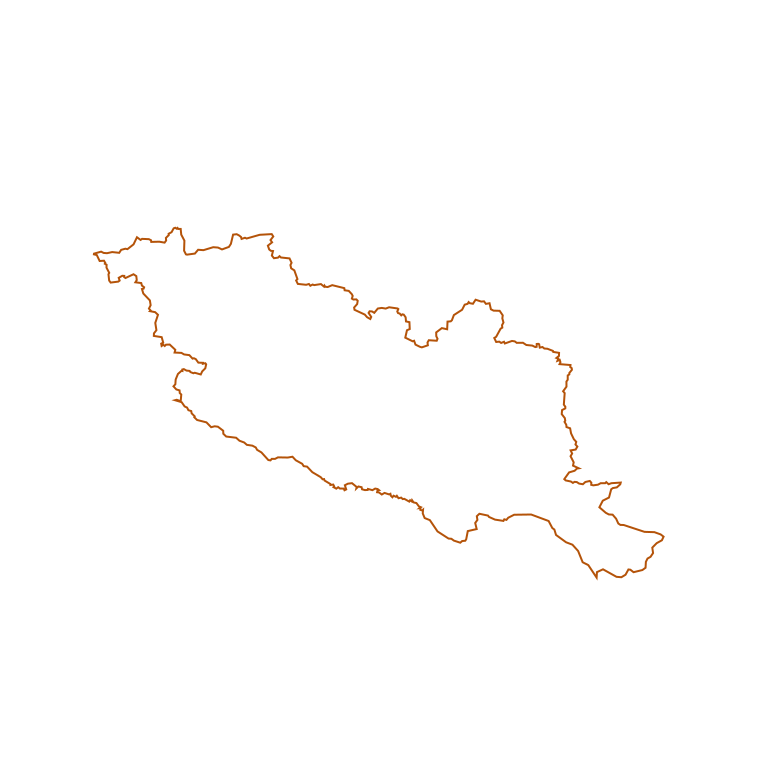 Taunggyi, Shan, Myanmar (Robinson projection), rotated 115°
{"feature_id": "60261553B67272669909031", "entity_name": "Taunggyi", "entity_type": "district", "adm_level": 2, "iso_a3": "MMR", "parent_name": "Myanmar", "parent_adm1": "Shan", "projection": "robinson", "projection_center": [96.903, 20.784], "detail": "fine", "context": "isolated", "style": "outline", "palette": "amber", "viewbox_px": 768, "rotation_deg": 115, "n_neighbors": 0, "source": "geoboundaries", "source_scale": "gbopen_adm2", "svg_char_len": 6147}
<svg xmlns="http://www.w3.org/2000/svg" viewBox="0 0 768 768"><g transform="rotate(115 384 384)"><path d="M487.0,566.5L486.0,559.7L488.6,555.2L488.6,552.5L490.4,550.2L490.0,547.3L491.9,545.9L493.3,541.9L494.3,541.9L495.6,538.2L493.8,528.7L496.2,522.4L493.9,519.6L492.9,516.5L494.3,510.0L497.0,508.6L498.3,504.8L495.2,495.3L496.5,491.0L496.1,486.0L497.1,482.6L495.5,477.2L495.7,473.4L497.3,471.2L497.8,466.2L501.8,456.7L501.2,454.6L499.3,454.1L497.9,451.1L495.3,449.1L491.3,440.1L488.6,436.2L490.4,431.7L490.9,424.4L492.4,422.1L491.4,418.8L494.2,411.7L495.2,401.9L496.3,399.4L495.5,398.1L496.6,397.1L497.3,390.4L498.2,389.9L496.6,387.5L497.8,385.9L498.8,386.2L499.0,383.0L496.9,381.9L497.4,379.8L495.8,376.3L497.0,374.9L495.5,373.7L492.3,376.7L489.6,374.6L487.4,371.1L488.9,365.2L490.3,364.9L487.7,363.9L487.0,360.7L488.7,359.4L488.2,356.4L486.9,354.0L485.9,354.2L485.1,349.6L482.5,347.8L481.9,345.4L482.3,343.7L483.2,344.9L485.0,344.5L484.4,342.7L485.1,339.3L482.5,337.5L481.9,332.7L480.8,331.8L482.4,330.5L483.1,328.5L481.2,328.1L481.2,325.5L479.9,325.1L481.4,322.6L479.7,320.4L480.4,318.4L479.5,317.1L479.9,311.4L478.3,311.2L478.7,309.2L477.5,309.4L478.8,307.2L478.2,304.3L480.2,300.6L480.1,298.5L481.4,299.2L481.0,298.5L482.7,297.9L482.5,296.0L481.4,295.5L484.9,294.2L488.3,290.5L488.0,284.9L495.0,273.2L496.8,260.2L495.8,257.5L496.4,254.5L495.6,247.8L493.3,246.8L491.7,244.1L489.9,243.9L481.9,245.9L476.3,238.7L471.4,242.6L467.7,241.9L464.6,244.0L461.3,242.7L459.3,234.1L460.1,232.7L460.0,226.1L457.6,217.9L455.8,217.8L455.4,215.6L452.7,214.9L447.5,210.8L440.1,195.5L438.6,176.9L443.4,170.6L443.9,168.1L448.1,164.3L450.5,152.1L450.0,145.3L453.3,137.5L461.6,128.6L461.8,122.3L469.6,109.5L464.5,111.5L459.4,107.2L460.5,91.8L458.8,87.2L454.8,84.5L448.8,84.1L448.2,82.2L449.1,78.3L443.4,71.2L440.0,69.3L434.5,71.5L430.8,71.4L428.0,69.4L423.5,68.7L418.9,71.7L413.0,69.6L408.2,66.1L404.2,66.1L403.4,69.7L404.0,76.3L407.9,85.4L410.5,107.2L411.8,110.2L411.4,112.7L408.0,116.7L405.8,121.6L407.2,125.1L407.0,128.6L404.7,136.7L397.3,136.4L391.8,132.1L383.4,133.6L381.6,132.6L379.3,129.3L375.1,127.5L373.3,127.8L377.8,136.0L379.9,138.1L379.0,141.1L380.4,141.6L382.3,145.7L384.8,147.5L387.4,151.5L387.8,153.6L385.8,154.4L384.9,156.5L387.7,160.1L390.8,161.4L391.8,165.1L391.4,167.8L392.2,170.0L393.8,171.0L393.4,173.4L394.6,178.6L394.0,180.4L385.9,178.9L382.1,174.6L379.1,173.4L378.1,171.9L378.1,178.2L374.8,179.0L370.6,184.4L367.5,184.1L365.3,186.8L362.4,182.6L359.0,182.3L357.9,184.9L355.2,185.3L353.8,188.6L349.7,193.6L345.5,196.6L345.9,200.4L343.9,201.6L342.0,204.4L340.7,204.2L338.5,205.7L336.2,210.2L332.4,211.6L329.5,209.4L328.0,210.0L326.7,212.3L315.9,216.4L314.9,218.6L309.3,217.5L304.7,219.7L302.5,219.3L298.6,221.1L297.0,220.1L295.7,220.7L291.7,219.7L290.3,220.6L289.9,222.4L288.0,223.0L291.8,233.3L289.7,233.3L287.9,234.9L289.7,236.6L287.3,236.8L287.5,238.7L284.6,237.3L281.8,238.5L283.4,244.2L282.6,244.9L283.0,250.8L284.1,253.7L283.5,256.0L285.2,258.2L282.4,260.2L282.4,261.2L283.2,262.5L285.8,261.4L286.6,262.5L286.5,265.8L288.5,271.5L287.9,275.5L290.6,281.1L290.1,283.5L290.9,286.2L296.2,291.6L295.0,293.1L297.3,295.2L296.9,297.4L298.5,300.1L295.7,303.5L293.8,302.3L284.6,301.7L282.9,300.6L280.8,301.9L277.8,301.7L274.5,304.5L271.6,305.4L268.8,310.1L271.2,315.7L271.1,318.7L266.2,322.5L268.3,325.5L266.8,328.3L268.2,330.7L268.9,336.6L273.7,337.3L274.5,340.4L274.0,341.9L276.0,342.1L278.0,344.4L283.7,344.6L292.0,349.8L297.5,349.4L299.0,350.0L300.6,352.8L307.7,349.9L308.9,355.2L315.2,358.5L318.6,356.8L320.4,354.6L322.5,354.5L325.4,361.9L328.0,362.1L330.4,360.6L334.8,365.2L335.1,367.2L335.0,372.1L332.1,375.0L333.2,376.1L333.0,384.3L325.6,385.9L323.3,383.9L317.2,387.1L318.0,390.5L314.4,392.6L312.8,395.4L313.1,396.8L314.5,397.4L313.5,399.6L313.8,401.2L312.7,402.6L310.0,402.7L309.8,403.6L312.3,411.8L314.9,414.3L316.0,418.2L318.2,421.5L323.6,422.9L323.3,425.5L324.2,427.8L326.1,428.0L328.6,423.9L330.9,423.9L330.6,427.6L329.2,430.7L329.2,442.1L327.3,443.4L322.9,442.1L319.7,443.0L319.0,444.8L320.4,447.5L320.2,449.2L317.4,449.6L316.2,451.1L314.5,455.3L315.7,459.3L313.9,460.5L316.3,472.7L319.9,476.0L320.7,478.4L320.0,479.5L321.1,479.5L320.1,483.4L323.9,489.1L324.0,490.7L326.1,492.3L325.1,494.3L327.0,496.5L329.7,504.4L327.3,507.4L325.5,506.8L318.9,513.3L318.4,517.0L315.7,519.1L313.2,519.0L310.1,522.7L312.9,530.9L312.3,532.7L314.3,533.5L316.5,536.9L315.0,539.9L310.4,540.8L311.1,542.8L310.6,544.9L307.7,547.7L302.9,545.3L301.5,547.7L297.1,546.7L295.6,549.1L301.3,559.7L310.2,570.0L310.2,571.8L312.7,574.4L311.2,575.7L310.6,578.2L310.5,580.8L312.4,583.9L321.7,582.0L325.3,582.5L330.5,587.7L330.5,592.1L332.2,596.6L339.0,604.2L340.9,609.2L345.7,610.5L350.0,617.2L350.2,618.3L347.7,621.5L338.4,625.5L334.3,630.9L329.4,633.8L330.5,636.1L329.8,637.1L330.9,637.7L330.6,639.2L331.8,640.4L336.2,640.7L338.9,642.7L340.0,642.0L343.8,643.4L346.0,642.1L348.6,642.6L350.0,647.8L353.6,655.0L352.2,655.9L352.1,658.3L354.7,664.6L356.3,665.5L355.4,669.9L363.3,670.0L370.2,673.5L370.7,675.6L373.5,678.9L377.0,679.4L379.3,686.1L382.5,690.3L383.7,693.5L383.6,696.3L388.4,701.9L389.1,701.7L388.5,698.8L392.7,693.7L390.6,689.9L392.1,687.7L393.0,687.8L393.2,685.8L395.8,684.7L399.4,680.0L401.0,680.1L406.4,676.8L407.6,674.6L403.5,668.1L402.0,667.3L399.9,669.3L396.5,666.9L395.8,665.1L396.9,664.7L397.2,663.1L390.4,657.4L390.9,654.1L394.3,652.0L396.9,652.3L395.1,646.7L397.1,645.0L397.7,642.3L399.2,642.2L400.2,643.5L403.7,640.4L407.2,631.5L411.2,628.8L415.0,628.9L416.0,626.6L416.9,626.9L415.6,621.8L416.8,618.1L425.3,617.1L431.4,613.0L435.3,613.9L437.7,612.9L435.5,605.3L439.8,601.6L441.6,603.0L443.5,601.6L441.7,600.6L442.2,598.8L440.5,598.2L438.8,594.9L441.2,587.6L444.0,587.1L441.4,580.7L441.7,577.7L440.1,572.6L441.9,568.2L441.0,567.2L441.0,565.1L443.1,561.3L441.3,557.0L442.2,556.7L440.7,554.7L441.3,553.5L445.3,552.6L449.4,554.1L452.8,554.1L453.8,560.3L454.8,561.3L455.0,564.5L454.3,565.7L455.3,568.7L455.1,571.7L456.1,572.9L457.4,572.2L457.6,573.1L462.0,575.0L468.0,574.7L472.4,573.0L475.1,573.8L476.7,569.9L476.2,566.6L478.5,565.3L479.2,563.3L484.6,561.3L485.5,561.2L485.9,565.2L487.0,566.5Z" fill="none" stroke="#b45309" stroke-width="2"/></g></svg>